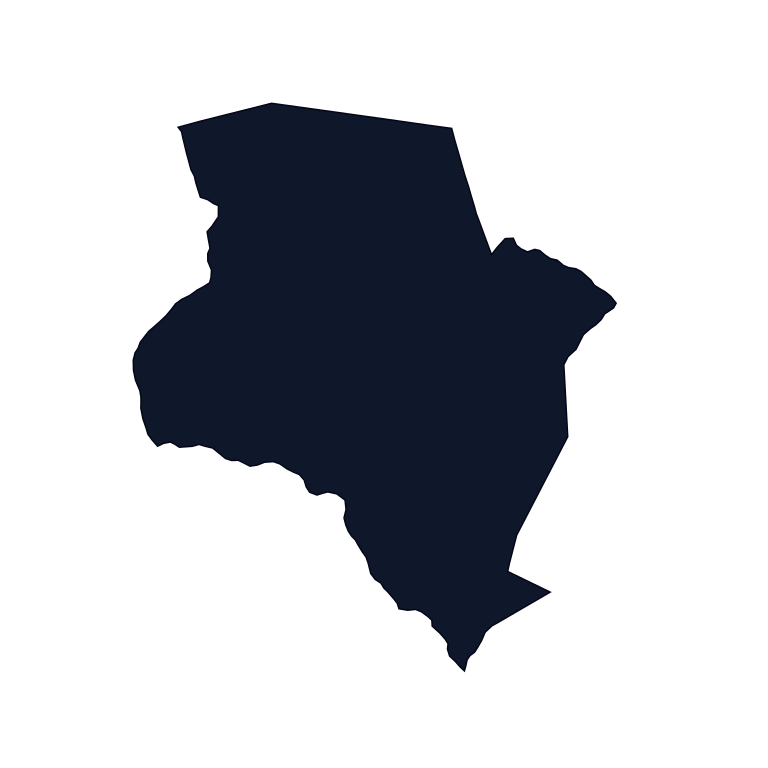 Pé de Serra, Bahia, Brazil, rotated 349°
{"feature_id": "56859067B88546215255955", "entity_name": "Pé de Serra", "entity_type": "district", "adm_level": 2, "iso_a3": "BRA", "parent_name": "Brazil", "parent_adm1": "Bahia", "projection": "mercator", "projection_center": [-39.628, -11.892], "detail": "fine", "context": "isolated", "style": "filled", "palette": "ink", "viewbox_px": 768, "rotation_deg": 349, "n_neighbors": 0, "source": "geoboundaries", "source_scale": "gbopen_adm2", "svg_char_len": 2231}
<svg xmlns="http://www.w3.org/2000/svg" viewBox="0 0 768 768"><g transform="rotate(349 384 384)"><path d="M201.6,262.3L194.6,265.6L189.4,270.3L183.2,275.3L175.9,280.0L167.9,284.7L163.3,287.3L159.4,290.6L152.7,296.5L149.4,302.0L145.6,305.9L142.4,312.8L140.7,322.8L140.8,332.8L143.1,344.2L142.9,350.6L141.8,356.4L140.7,361.4L140.7,372.0L142.1,382.2L142.7,388.3L145.7,394.7L149.9,401.9L156.2,400.2L163.3,400.2L167.4,403.4L171.0,407.0L184.0,408.6L190.8,408.0L197.0,411.2L203.5,414.1L208.9,420.5L214.2,426.9L219.8,430.0L226.4,431.1L231.2,434.7L236.8,439.1L244.1,439.4L251.9,438.0L260.6,439.1L266.6,442.6L272.8,449.0L278.8,453.6L283.5,456.6L287.3,463.0L288.0,470.1L290.4,476.1L297.0,480.2L303.3,479.5L308.2,479.2L316.6,482.8L323.6,490.5L322.8,500.0L319.2,507.8L319.6,515.0L320.9,521.7L323.2,527.2L326.1,531.6L327.9,537.2L330.7,544.7L333.4,550.6L334.3,557.2L334.8,567.5L338.1,574.2L343.0,578.9L344.9,584.2L347.8,588.4L352.7,596.9L355.2,601.9L355.8,607.5L364.1,610.6L372.0,611.3L377.2,614.7L382.6,620.5L385.9,625.0L385.1,630.9L391.3,639.2L395.4,646.2L397.3,651.2L395.7,656.4L396.5,663.6L401.1,670.0L404.7,676.2L408.2,681.0L410.6,676.1L412.9,670.7L416.6,667.0L421.8,664.5L425.8,660.3L430.8,654.5L435.9,647.0L443.8,642.0L451.4,639.5L507.4,620.0L469.6,591.6L472.8,584.2L485.4,557.7L554.3,470.8L564.2,399.4L569.9,392.2L579.1,386.6L589.2,373.6L597.3,368.9L603.3,366.2L609.5,362.2L614.0,357.3L623.9,353.1L627.3,349.0L623.2,341.1L618.5,335.5L613.4,331.1L609.3,327.2L606.9,321.5L603.4,316.9L599.0,311.2L594.4,307.5L587.5,305.0L582.6,301.7L577.7,295.5L571.2,292.6L566.9,288.4L562.3,282.7L557.6,280.6L550.1,281.7L544.3,277.5L540.5,273.1L538.7,265.6L530.7,264.4L521.3,271.4L514.2,277.5L508.2,240.6L507.1,234.5L506.6,227.2L505.5,216.2L504.7,207.0L503.1,193.7L501.4,173.7L500.0,158.1L499.2,146.0L475.3,137.9L451.4,129.6L403.7,113.2L327.2,87.0L255.2,90.9L230.9,92.7L233.4,97.6L233.5,103.2L233.7,108.2L234.2,119.6L234.7,126.2L235.4,136.7L237.5,143.7L237.7,150.4L238.3,156.2L239.4,165.6L246.0,169.3L251.4,174.6L255.5,177.3L253.3,188.2L245.3,196.2L239.4,200.8L239.2,209.3L239.1,217.6L235.9,222.3L234.5,229.7L236.4,239.2L234.5,246.5L232.1,251.4L225.5,254.0L218.7,256.1L210.3,260.0L201.6,262.3Z" fill="#0f172a" stroke="#020617" stroke-width="1.5"/></g></svg>